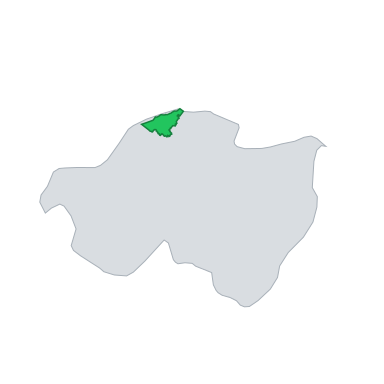 Rubavu, Western, Rwanda (highlighted), rotated 38°
{"feature_id": "39286606B86206624572237", "entity_name": "Rubavu", "entity_type": "district", "adm_level": 2, "iso_a3": "RWA", "parent_name": "Rwanda", "parent_adm1": "Western", "projection": "robinson", "projection_center": [29.369, -1.641], "detail": "fine", "context": "in_parent", "style": "filled", "palette": "green", "viewbox_px": 384, "rotation_deg": 38, "n_neighbors": 0, "source": "geoboundaries", "source_scale": "gbopen_adm2", "svg_char_len": 4867}
<svg xmlns="http://www.w3.org/2000/svg" viewBox="0 0 384 384"><g transform="rotate(38 192 192)"><path d="M157.1,117.3L161.0,117.2L187.0,110.2L189.6,112.4L193.8,126.0L196.0,128.0L199.6,128.5L206.9,125.4L220.2,114.7L226.1,108.2L232.9,99.1L241.7,88.8L246.6,79.9L251.4,74.6L257.6,73.0L264.6,73.4L269.4,73.6L265.4,75.8L264.6,82.3L269.2,92.8L284.1,114.5L293.6,118.5L299.7,127.0L305.8,141.2L307.6,159.0L305.1,180.4L306.6,196.3L312.0,206.7L313.5,220.3L310.9,236.9L307.7,246.9L304.0,250.2L299.7,251.4L294.0,250.3L287.0,251.7L279.4,254.8L274.6,255.3L271.6,254.7L266.0,252.0L257.1,243.4L240.6,248.2L236.1,248.1L230.0,252.1L225.1,257.2L222.1,257.5L219.0,256.8L204.8,246.7L199.6,247.0L197.4,275.5L195.1,291.3L192.1,298.4L181.9,305.2L171.6,309.1L166.0,308.8L143.5,310.9L134.6,311.0L129.8,308.6L123.4,292.5L111.4,285.3L99.9,281.9L95.3,282.9L91.1,291.3L89.4,298.9L78.3,293.7L74.9,287.3L74.6,276.5L70.5,261.6L72.8,255.3L77.2,251.2L86.4,243.4L100.5,232.5L103.5,227.3L105.5,218.7L104.6,198.6L103.2,181.7L104.9,175.7L111.3,162.6L119.9,149.2L130.0,135.0L136.0,133.6L144.0,128.2L152.4,120.3L157.1,117.3Z" fill="#d9dde1" stroke="#a8b0b8" stroke-width="1"/><path d="M138.2,163.9L138.3,163.7L138.2,163.6L138.3,163.5L138.4,163.4L138.5,163.4L138.5,163.2L138.4,162.8L138.4,162.7L138.5,162.7L138.4,162.6L138.5,162.6L138.5,162.3L138.6,162.2L139.0,161.9L139.2,162.0L139.3,162.0L139.9,161.9L140.0,161.9L140.0,161.7L139.9,161.4L140.0,161.4L140.1,161.2L139.8,160.8L139.7,160.6L139.7,160.4L139.7,160.2L139.8,159.9L140.0,159.5L140.1,159.4L140.0,159.2L140.3,158.8L140.1,158.7L139.9,158.6L139.7,158.4L139.6,158.2L139.4,158.2L139.2,158.2L139.0,158.3L138.9,158.2L138.7,158.1L138.3,158.0L138.2,158.0L137.9,157.9L137.8,158.0L137.7,158.0L137.3,157.9L137.1,157.9L137.0,157.7L136.9,157.5L136.9,157.4L136.7,157.2L136.7,157.3L136.6,157.2L136.6,157.3L136.4,157.3L136.3,157.2L136.2,157.2L136.0,157.3L135.9,157.4L135.7,157.3L135.6,157.1L135.6,156.9L135.7,156.7L135.9,156.2L135.8,155.9L135.7,155.4L135.8,155.4L135.9,155.2L136.0,155.1L135.8,155.0L135.9,154.8L135.8,154.6L135.7,154.4L135.8,154.3L135.9,154.2L135.9,153.8L136.0,153.7L136.0,153.4L136.0,153.2L135.9,153.0L136.0,152.8L136.0,152.7L136.0,152.4L136.0,152.2L136.0,151.9L135.9,151.7L137.1,150.9L137.5,150.6L138.1,150.2L137.4,149.2L137.2,148.8L137.9,148.6L137.7,148.3L137.7,148.2L137.5,147.9L137.4,147.5L137.7,147.2L136.5,146.3L136.3,146.1L136.2,146.0L136.2,145.7L136.2,145.3L136.2,145.2L136.1,144.8L136.2,144.7L136.2,144.1L136.1,143.8L136.1,143.6L136.0,143.4L136.0,143.1L136.0,142.9L136.5,142.1L135.7,141.4L135.6,141.1L135.5,140.9L135.3,140.7L135.2,140.8L135.2,140.7L134.8,140.7L134.4,140.7L134.4,141.0L133.5,141.1L133.5,139.8L133.9,139.8L133.9,139.4L134.8,139.4L135.6,139.3L135.5,133.7L131.2,133.8L131.0,134.4L130.3,137.2L130.3,137.3L130.2,137.5L129.7,138.0L129.3,138.3L128.9,138.6L128.6,138.8L128.4,138.9L128.2,139.1L128.0,139.5L127.8,140.0L127.5,140.8L127.1,141.6L127.0,142.2L127.0,142.5L126.9,142.8L126.7,143.2L126.5,143.4L126.2,143.6L126.1,143.8L125.9,144.5L125.7,144.8L125.0,146.2L124.0,146.9L123.6,147.1L123.5,147.4L123.4,147.4L123.2,147.9L123.1,148.0L122.1,148.8L121.9,148.9L121.8,149.0L121.5,149.2L121.1,149.5L120.9,149.6L120.7,149.7L120.4,149.9L120.0,150.2L119.9,150.3L119.8,150.6L119.7,151.0L119.6,151.3L119.4,151.9L119.1,152.8L118.5,154.2L118.3,154.4L118.2,154.5L117.8,154.9L117.7,155.0L117.3,155.2L116.9,155.4L116.9,155.5L117.0,156.3L117.1,156.6L117.1,157.4L117.1,159.2L117.1,159.5L113.1,165.9L110.6,169.7L120.0,169.7L121.1,169.9L121.3,169.9L121.9,169.7L122.2,169.6L122.3,169.5L122.6,169.3L122.8,169.2L123.0,169.2L123.3,169.1L123.6,169.3L123.7,169.2L123.8,169.1L123.9,168.9L123.9,168.7L123.9,168.4L123.9,168.1L123.8,167.9L123.6,167.4L123.7,167.2L123.8,167.1L123.9,166.9L123.8,166.7L123.9,166.2L124.0,166.2L124.3,165.9L124.3,165.7L124.5,165.6L124.8,165.4L124.9,165.2L125.1,165.1L125.3,165.1L125.6,165.2L125.7,165.3L125.7,165.2L125.8,165.2L125.9,165.3L126.0,165.4L126.2,165.5L126.4,165.5L126.6,165.8L126.9,165.8L127.0,165.8L127.3,165.9L127.3,166.0L127.5,166.1L127.8,165.9L128.0,166.0L128.3,166.2L128.5,166.1L128.8,166.2L128.9,166.6L129.2,166.7L129.4,166.8L129.7,166.7L129.8,166.8L130.0,166.7L130.2,166.4L130.4,166.3L130.5,166.4L130.5,166.5L130.8,166.7L131.1,166.8L131.3,166.9L131.4,167.0L131.5,166.9L131.6,167.0L131.9,167.0L132.0,166.8L132.2,166.7L132.3,166.7L132.3,166.3L132.3,166.2L132.2,166.1L132.3,165.9L132.3,165.6L132.5,165.5L132.4,165.5L132.5,165.4L132.5,165.2L132.4,165.0L132.4,164.8L132.5,164.8L132.6,164.7L132.7,164.8L132.8,164.7L133.0,164.7L133.3,164.5L133.5,164.6L133.8,164.6L134.1,164.6L134.3,164.7L134.5,164.7L134.6,164.8L134.7,164.7L134.9,164.8L135.0,164.8L135.4,164.9L135.5,165.0L135.8,165.1L136.0,164.9L136.0,164.7L136.3,164.4L136.4,164.2L136.6,164.0L136.7,163.9L136.8,163.9L136.9,164.0L137.0,164.0L137.3,164.1L137.6,164.1L137.8,164.0L138.0,164.0L138.0,163.9L138.2,163.9Z" fill="#22c55e" stroke="#15803d" stroke-width="1.5"/></g></svg>